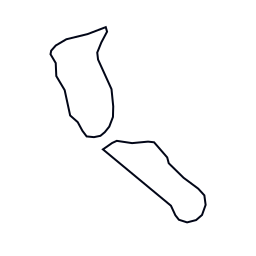 Fananu, Federated States of Micronesia, rotated 80°
{"feature_id": "79324940B62737064958651", "entity_name": "Fananu", "entity_type": "district", "adm_level": 2, "iso_a3": "FSM", "parent_name": "Federated States of Micronesia", "parent_adm1": "", "projection": "equal_earth", "projection_center": [151.912, 8.562], "detail": "fine", "context": "isolated", "style": "outline", "palette": "ink", "viewbox_px": 256, "rotation_deg": 80, "n_neighbors": 0, "source": "geoboundaries", "source_scale": "gbopen_adm2", "svg_char_len": 667}
<svg xmlns="http://www.w3.org/2000/svg" viewBox="0 0 256 256"><g transform="rotate(80 128 128)"><path d="M29.5,131.9L24.8,132.4L28.5,151.5L29.9,173.3L34.2,184.8L38.5,190.2L41.9,191.5L51.5,187.9L64.4,189.6L79.7,183.8L105.6,182.8L113.5,176.5L122.8,173.4L129.1,170.2L131.1,163.1L130.9,156.5L128.1,151.6L123.4,146.2L114.5,140.9L104.2,138.8L86.9,137.5L55.4,145.6L48.4,145.2L39.1,139.4L29.5,131.9ZM144.7,156.4L212.0,99.2L222.2,96.5L227.2,93.8L231.2,86.2L230.5,76.9L226.5,70.2L217.2,64.9L207.6,64.5L199.9,69.4L186.7,81.9L169.8,94.0L163.8,94.5L146.6,104.8L144.9,110.6L143.6,126.6L138.7,141.3L140.0,146.2L144.7,156.4Z" fill="none" stroke="#020617" stroke-width="2"/></g></svg>